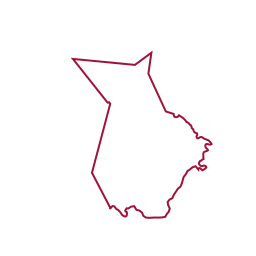 Santos Reyes Tepejillo, Oaxaca, Mexico, rotated 132°
{"feature_id": "50627088B75439888832629", "entity_name": "Santos Reyes Tepejillo", "entity_type": "district", "adm_level": 2, "iso_a3": "MEX", "parent_name": "Mexico", "parent_adm1": "Oaxaca", "projection": "orthographic", "projection_center": [-97.955, 17.412], "detail": "fine", "context": "isolated", "style": "outline", "palette": "rose", "viewbox_px": 256, "rotation_deg": 132, "n_neighbors": 0, "source": "geoboundaries", "source_scale": "gbopen_adm2", "svg_char_len": 1919}
<svg xmlns="http://www.w3.org/2000/svg" viewBox="0 0 256 256"><g transform="rotate(132 128 128)"><path d="M56.4,161.0L56.8,161.1L76.5,165.1L113.5,215.1L122.4,162.6L122.7,161.1L122.6,159.8L121.6,159.4L121.9,157.4L185.4,124.8L198.4,89.9L198.7,89.4L198.6,88.9L198.8,88.4L199.6,87.7L199.4,87.3L197.5,87.4L196.4,87.2L195.8,86.5L195.4,85.4L195.7,84.1L196.0,82.4L195.5,80.6L195.7,77.5L196.6,74.1L196.0,71.3L195.1,70.4L194.1,70.3L192.4,71.4L191.3,72.7L191.6,74.0L191.2,74.8L188.6,75.3L187.6,73.9L184.4,73.1L181.9,71.0L183.2,67.0L181.7,64.2L181.5,61.0L183.0,57.9L182.6,54.8L180.7,52.3L178.1,49.7L176.1,47.6L174.1,45.3L171.7,42.9L169.1,40.9L165.9,41.6L162.9,41.7L159.9,43.1L158.4,46.6L156.5,49.0L153.3,49.2L150.5,48.1L147.1,49.2L143.1,49.8L139.8,50.3L136.5,49.8L133.2,50.9L130.4,52.3L127.1,53.9L123.4,54.1L120.1,55.0L117.2,54.2L114.1,53.8L111.2,52.2L111.7,48.9L111.8,48.0L111.3,48.4L110.4,48.4L109.9,48.0L109.6,47.4L109.6,46.5L109.7,45.2L109.5,44.3L107.7,43.7L106.5,43.6L105.6,43.4L104.8,43.5L104.4,44.1L104.4,44.9L104.7,45.8L105.0,46.4L106.6,47.3L107.3,48.1L107.5,48.9L107.5,49.4L107.5,49.9L107.4,50.4L107.3,50.9L106.8,51.7L106.3,51.9L105.4,52.2L104.6,52.4L103.9,52.2L103.0,51.7L102.1,51.7L101.3,51.5L100.4,51.1L99.8,52.0L98.9,52.7L98.3,53.3L97.9,53.8L97.3,54.4L96.5,54.9L96.1,55.2L95.5,55.4L94.9,55.4L94.3,55.2L93.8,54.9L93.2,54.5L92.7,54.2L92.1,54.0L91.6,53.8L91.0,53.7L90.7,54.3L90.6,55.2L90.6,56.4L90.3,57.6L89.6,58.5L88.8,59.1L88.2,59.2L87.3,58.9L86.8,58.3L85.9,56.4L85.1,55.5L84.0,55.2L83.5,56.7L83.3,59.9L84.8,63.8L85.4,67.2L86.4,68.2L88.5,68.9L89.0,69.2L89.3,69.8L89.1,70.6L88.7,71.1L88.3,71.5L87.6,71.7L86.9,71.8L85.8,73.2L86.3,74.0L86.7,75.9L86.1,77.5L85.3,78.8L85.4,80.5L83.9,82.7L84.1,84.6L83.8,85.9L84.0,87.9L84.4,88.5L83.9,90.4L83.7,93.7L84.3,97.7L84.4,98.6L85.9,98.5L87.3,99.0L88.3,100.1L88.5,101.1L88.1,102.2L87.0,103.5L90.4,111.0L74.0,149.2L56.4,161.0Z" fill="none" stroke="#9f1239" stroke-width="2"/></g></svg>